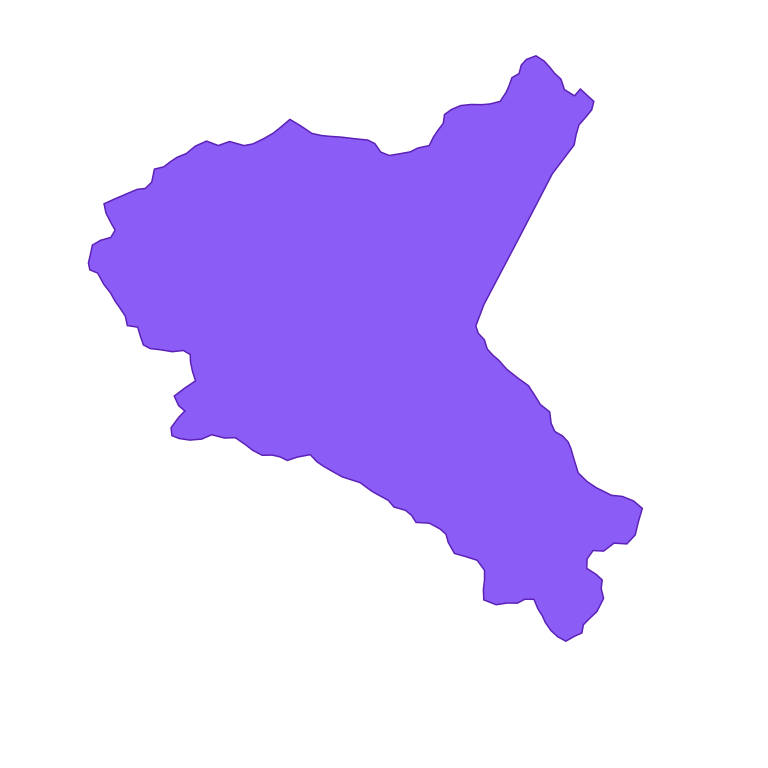 Luiz Alves, Santa Catarina, Brazil, rotated 258°
{"feature_id": "56859067B92746316194010", "entity_name": "Luiz Alves", "entity_type": "district", "adm_level": 2, "iso_a3": "BRA", "parent_name": "Brazil", "parent_adm1": "Santa Catarina", "projection": "mercator", "projection_center": [-48.897, -26.726], "detail": "fine", "context": "isolated", "style": "filled", "palette": "violet", "viewbox_px": 768, "rotation_deg": 258, "n_neighbors": 0, "source": "geoboundaries", "source_scale": "gbopen_adm2", "svg_char_len": 2520}
<svg xmlns="http://www.w3.org/2000/svg" viewBox="0 0 768 768"><g transform="rotate(258 384 384)"><path d="M658.5,260.9L655.9,248.8L650.6,238.8L648.7,228.5L645.8,221.2L642.2,213.8L641.9,204.1L629.8,198.8L624.9,191.2L625.7,183.1L623.8,173.0L621.1,159.5L618.5,147.6L609.0,147.6L597.9,150.6L590.4,153.0L584.2,147.3L583.5,136.7L580.5,127.6L571.8,123.8L563.8,120.0L556.8,120.0L552.0,127.0L539.6,130.7L530.0,135.4L520.6,138.3L513.8,141.3L504.1,145.1L494.5,145.1L490.8,154.9L480.9,155.7L472.2,156.8L467.2,162.8L463.9,172.7L459.6,183.6L458.5,194.7L453.1,200.6L445.6,199.3L435.9,199.3L426.3,200.3L421.4,188.2L415.8,176.3L405.6,178.6L399.0,183.6L394.3,176.5L385.5,166.6L377.6,165.8L373.3,172.2L369.5,182.4L368.0,194.2L370.2,204.9L364.3,216.8L362.4,227.4L354.1,235.3L346.1,242.1L339.6,250.1L337.7,259.9L334.3,267.2L329.3,273.6L330.5,283.7L330.2,297.2L321.8,302.3L316.0,307.8L309.2,315.4L301.7,324.0L292.6,340.0L281.6,349.8L274.1,358.4L269.2,364.1L261.6,368.1L256.0,378.7L249.9,383.6L241.9,386.6L238.5,399.3L230.4,408.8L224.1,413.4L215.7,413.9L203.6,417.7L198.0,428.3L192.2,438.5L180.8,443.6L171.1,441.5L162.4,438.5L152.1,436.7L144.8,447.8L144.1,459.3L141.9,468.9L144.2,477.0L142.2,485.9L132.1,487.8L124.2,490.7L117.2,492.2L108.2,496.0L100.7,501.3L94.6,508.4L97.6,517.7L99.4,525.9L107.0,528.9L111.2,535.2L117.2,545.0L128.6,554.2L138.8,553.9L146.9,556.7L153.5,552.1L161.5,544.0L170.7,546.3L177.6,553.9L174.9,564.1L180.5,575.9L177.1,588.3L184.2,598.4L196.0,604.0L208.6,610.8L217.7,603.8L224.5,593.7L227.9,583.2L232.8,577.2L238.1,570.4L246.4,562.3L256.7,555.5L271.0,554.2L281.9,553.4L288.9,552.1L296.0,547.9L302.0,541.2L310.9,539.3L322.2,540.3L331.4,532.7L342.3,528.8L352.2,525.0L361.6,516.5L372.9,507.1L383.2,501.3L389.5,496.5L396.9,492.2L406.4,491.4L413.9,486.8L421.7,485.9L441.0,498.3L497.1,545.0L505.2,551.7L554.7,592.4L578.3,619.7L588.0,623.8L596.9,628.6L603.3,637.1L609.0,644.2L616.8,648.0L626.0,641.4L631.7,637.4L626.3,630.3L634.4,621.7L645.3,620.5L652.5,615.4L659.6,611.9L666.6,607.8L673.4,600.9L671.9,590.8L667.3,584.5L659.6,580.7L657.1,572.9L649.7,568.3L643.8,564.0L636.3,556.4L635.9,545.8L636.9,537.7L639.3,527.4L640.4,516.9L638.5,507.1L635.0,499.2L626.7,496.2L621.1,489.7L615.4,483.8L607.8,477.8L607.8,466.1L605.6,458.0L605.9,448.6L606.4,436.7L611.5,429.1L621.1,425.0L626.0,418.8L630.1,406.1L634.4,393.4L637.6,382.2L640.0,374.7L644.1,365.5L653.3,356.7L662.4,347.0L657.0,337.0L652.5,328.1L649.2,318.0L646.1,305.7L646.3,296.7L653.3,283.4L651.7,271.5L658.5,260.9Z" fill="#8b5cf6" stroke="#5b21b6" stroke-width="1.5"/></g></svg>